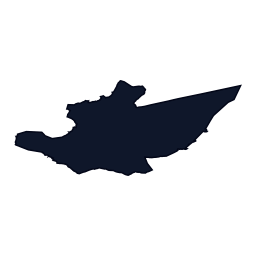 the district of Lillehammer nor, Oppland, Norway
{"feature_id": "86288312B86660801630456", "entity_name": "Lillehammer nor", "entity_type": "district", "adm_level": 2, "iso_a3": "NOR", "parent_name": "Norway", "parent_adm1": "Oppland", "projection": "robinson", "projection_center": [10.321, 61.133], "detail": "fine", "context": "isolated", "style": "filled", "palette": "ink", "viewbox_px": 256, "rotation_deg": 0, "n_neighbors": 0, "source": "geoboundaries", "source_scale": "gbopen_adm2", "svg_char_len": 5515}
<svg xmlns="http://www.w3.org/2000/svg" viewBox="0 0 256 256"><path d="M152.2,169.9L147.3,163.5L144.8,157.2L148.6,157.3L149.3,157.4L149.8,157.6L150.5,157.5L151.8,157.6L153.9,157.3L155.8,157.2L159.0,156.8L159.9,156.4L161.1,156.3L161.9,156.4L163.6,156.2L166.3,156.1L173.6,152.7L176.9,151.0L177.9,150.2L177.8,149.4L177.7,149.4L178.0,148.8L178.4,148.8L178.8,149.1L179.2,149.2L180.1,149.3L180.5,148.9L182.0,149.3L183.6,148.8L183.6,149.0L185.8,149.3L186.7,148.9L187.0,148.7L186.6,148.6L186.5,148.2L186.3,148.0L185.9,147.9L186.0,147.8L185.9,147.6L188.9,145.1L188.5,144.8L188.5,144.6L189.2,144.1L190.1,144.1L192.4,142.2L193.9,141.9L194.1,141.5L194.3,141.4L195.1,141.2L195.6,141.1L195.6,140.7L194.8,140.7L194.1,140.5L203.2,131.2L204.3,131.7L204.7,131.7L205.0,131.8L206.0,131.8L206.9,131.6L207.1,131.4L206.8,131.3L206.9,131.2L206.0,131.0L206.2,130.6L206.5,129.7L206.0,129.2L205.3,128.8L205.9,128.1L207.1,126.1L210.3,120.6L213.2,115.9L213.8,115.2L228.1,102.3L234.0,99.5L240.6,85.6L201.8,93.9L178.5,98.7L173.6,99.8L168.7,101.0L150.8,104.9L144.7,106.4L141.1,107.0L138.9,107.1L138.7,107.3L137.1,107.6L136.3,107.4L135.7,107.1L135.5,106.4L135.9,106.1L135.5,105.7L135.4,105.1L135.0,104.8L134.4,104.2L134.0,104.0L133.9,103.7L133.5,103.3L133.5,103.1L133.8,102.6L134.2,102.3L134.3,101.9L135.6,100.9L135.7,100.6L135.9,100.2L137.4,99.0L138.1,98.7L139.2,97.4L140.3,96.5L141.1,95.7L141.7,95.2L142.9,94.6L144.0,93.9L144.6,92.8L144.6,92.6L144.4,92.4L144.3,92.1L144.6,91.8L144.6,91.0L145.3,90.1L145.4,89.7L145.4,89.4L144.1,88.2L143.7,87.4L143.0,86.8L142.5,86.2L140.2,86.5L139.6,86.3L138.3,86.3L133.1,87.0L131.4,86.5L124.3,81.9L120.7,80.8L120.4,80.9L119.9,81.2L119.6,81.9L119.2,82.3L118.5,82.5L118.4,82.9L117.0,85.3L116.9,86.3L116.6,86.7L114.9,89.8L114.4,90.7L113.7,91.8L113.2,92.2L112.2,92.3L112.3,92.8L112.6,93.6L111.9,94.8L110.6,96.0L108.4,97.3L107.9,97.4L107.7,97.3L107.0,97.3L105.6,97.8L105.4,97.4L103.6,96.1L103.2,95.8L102.5,96.2L100.6,96.6L101.2,97.4L101.0,97.5L100.9,97.9L100.9,98.0L101.1,97.9L101.4,98.3L101.3,98.6L100.7,98.9L100.3,99.3L100.0,99.5L99.9,100.1L98.6,100.6L97.8,100.8L97.4,101.0L97.2,101.3L96.4,101.6L95.7,101.2L95.3,101.4L93.8,101.7L92.7,101.7L92.3,102.1L92.0,102.0L91.8,102.0L90.3,102.6L89.1,102.6L88.3,102.5L88.5,102.1L88.4,101.9L88.6,101.7L88.6,101.2L88.6,100.9L88.0,101.2L87.6,100.9L86.3,100.9L85.5,100.6L85.0,101.0L84.7,101.3L83.8,102.0L83.3,101.8L80.8,103.1L79.6,103.5L79.2,103.3L78.6,103.2L77.7,103.3L75.8,103.9L74.3,104.9L68.1,104.7L66.8,109.0L67.5,109.0L68.2,109.2L68.5,109.6L70.2,110.4L68.8,113.1L67.8,114.4L67.6,115.5L67.2,116.8L68.5,117.2L69.3,117.6L71.9,118.6L72.3,118.9L72.3,119.1L73.3,119.7L73.8,120.1L73.9,120.4L74.5,120.8L74.8,121.0L74.6,121.2L74.6,121.3L74.7,121.8L75.1,122.2L76.4,124.0L76.9,124.1L76.6,124.6L76.5,124.8L76.1,125.1L76.1,125.6L76.3,126.1L76.2,126.4L76.2,126.9L75.9,127.1L75.9,127.4L75.6,127.3L75.3,127.1L74.7,127.0L74.4,127.4L73.3,127.4L73.1,128.3L73.2,128.5L73.1,129.0L73.0,129.4L72.5,129.8L72.0,130.9L71.8,131.1L70.9,131.4L70.3,131.9L70.0,132.1L69.0,132.1L69.2,132.3L68.9,133.1L69.0,133.5L68.6,133.6L68.0,134.0L67.2,134.4L66.2,135.3L65.0,135.7L63.1,136.6L62.3,137.2L52.2,138.6L45.1,135.8L44.0,134.5L41.8,132.3L26.3,131.6L17.6,134.2L17.6,134.8L17.4,135.2L17.7,135.7L17.7,135.8L16.9,136.1L16.8,136.5L16.1,136.5L16.7,137.4L16.4,137.7L16.5,137.8L16.5,138.0L16.4,138.3L16.4,138.5L16.5,139.1L16.3,139.2L16.3,139.5L16.1,139.9L16.0,140.5L15.8,140.9L15.7,141.3L15.5,141.8L15.7,142.0L15.6,142.3L15.5,142.5L15.8,142.9L15.9,143.4L15.9,143.5L16.0,143.7L15.4,144.4L15.4,144.6L15.6,144.8L28.4,149.8L42.2,152.1L42.3,152.4L42.3,152.5L42.8,152.6L42.7,152.8L42.8,152.9L43.9,153.3L43.7,153.3L44.0,153.8L44.4,154.0L44.6,154.4L44.7,154.8L45.0,155.1L45.3,155.1L45.6,155.1L46.3,155.1L46.5,154.9L47.0,154.9L47.3,155.1L47.9,155.2L48.2,155.7L48.7,155.6L48.8,155.8L48.7,156.0L49.0,155.8L49.2,156.1L49.5,156.3L49.4,156.3L49.4,156.5L49.8,156.6L49.9,156.8L50.7,157.0L51.1,157.3L51.5,157.3L51.6,157.7L51.9,157.6L52.4,157.8L52.1,157.9L52.3,158.2L52.1,158.2L52.2,158.6L52.4,158.8L52.6,158.7L52.9,158.7L53.0,158.8L53.0,159.2L53.3,159.3L53.8,159.8L53.7,160.0L53.3,160.4L54.0,160.5L54.4,160.7L54.7,160.6L55.1,160.9L55.6,161.0L56.7,161.5L56.9,162.3L57.1,162.5L57.2,162.8L57.1,163.1L58.3,163.3L59.0,163.2L59.4,163.4L59.9,163.5L60.6,163.4L62.5,163.6L63.4,163.8L64.7,163.8L65.0,163.9L65.1,164.2L65.6,164.0L66.5,164.8L67.9,165.4L67.9,165.5L68.0,166.1L67.9,166.3L67.9,166.5L69.0,167.2L69.9,167.4L70.2,167.8L70.7,167.9L71.1,168.6L72.6,169.7L72.7,170.0L73.0,170.1L73.1,170.3L73.7,170.6L74.0,171.1L74.6,171.2L75.7,171.9L76.5,172.1L76.7,172.4L77.1,172.6L77.2,172.8L77.2,173.2L77.6,173.3L78.3,173.3L79.1,173.7L83.3,172.1L84.9,171.8L89.0,170.1L91.7,169.2L91.9,169.2L92.5,169.0L93.3,168.9L93.9,168.9L94.3,169.1L94.8,169.1L95.3,168.8L98.0,168.3L98.7,167.7L104.2,168.9L104.6,169.0L106.3,168.9L106.5,169.2L107.2,169.6L108.1,170.0L109.1,170.3L113.4,170.5L113.9,170.7L115.5,171.5L116.7,171.9L119.6,172.5L121.7,172.6L123.6,173.5L124.1,173.9L126.0,174.7L128.1,175.2L128.9,175.0L129.1,174.6L129.4,174.5L129.4,174.3L129.8,174.2L130.7,174.1L131.6,173.5L132.2,173.0L132.5,172.9L132.6,172.7L133.4,172.5L133.9,172.3L134.4,172.2L134.6,171.9L135.2,171.7L135.8,171.6L136.4,172.0L136.7,171.9L138.2,172.3L138.9,172.0L139.3,172.0L139.7,172.3L140.0,172.3L140.6,172.6L141.2,172.8L141.5,172.7L141.8,172.9L142.3,172.8L142.8,173.0L143.1,173.0L144.0,172.9L144.4,172.7L144.7,172.8L144.8,173.0L145.1,173.1L145.5,172.8L146.2,172.5L146.2,172.3L146.3,172.2L147.2,171.9L147.8,171.8L149.4,171.2L152.2,169.9Z" fill="#0f172a" stroke="#020617" stroke-width="1.5"/></svg>